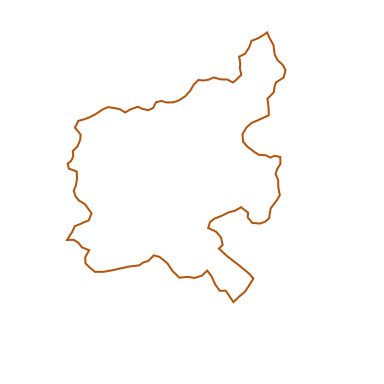 outline of Jaguariúna, São Paulo, Brazil, rotated 157°
{"feature_id": "56859067B42434816629938", "entity_name": "Jaguariúna", "entity_type": "district", "adm_level": 2, "iso_a3": "BRA", "parent_name": "Brazil", "parent_adm1": "São Paulo", "projection": "albers", "projection_center": [-47.018, -22.68], "detail": "fine", "context": "isolated", "style": "outline", "palette": "amber", "viewbox_px": 384, "rotation_deg": 157, "n_neighbors": 0, "source": "geoboundaries", "source_scale": "gbopen_adm2", "svg_char_len": 1980}
<svg xmlns="http://www.w3.org/2000/svg" viewBox="0 0 384 384"><g transform="rotate(157 192 192)"><path d="M285.8,276.3L287.4,271.1L291.1,267.9L295.4,266.6L296.2,261.6L290.1,256.0L292.6,249.2L296.4,243.3L300.4,239.4L300.9,233.1L299.4,228.4L295.3,222.6L292.8,211.5L298.2,206.2L302.8,206.3L307.6,206.2L313.3,206.3L317.6,202.3L325.7,196.7L319.6,194.2L316.4,189.7L315.0,184.1L309.4,178.6L315.9,173.5L317.9,168.0L315.8,162.8L312.5,156.4L304.3,153.0L294.5,150.8L289.1,149.9L283.8,148.8L279.3,148.0L269.2,145.1L264.4,146.2L259.1,145.6L252.0,148.6L247.4,145.1L244.7,140.3L242.5,135.9L240.8,126.9L237.1,118.0L229.2,115.6L223.3,111.9L215.8,111.1L208.7,113.7L207.0,107.2L206.7,97.3L205.0,90.2L199.5,88.0L196.9,74.5L188.7,77.6L182.3,79.5L177.1,82.9L169.3,88.4L171.1,94.0L173.7,99.2L178.4,108.0L184.8,119.3L189.3,129.3L184.4,131.4L183.1,139.0L185.4,146.1L191.2,152.5L187.1,157.3L182.0,158.7L173.0,158.5L166.4,159.0L159.8,158.0L152.8,158.8L148.4,151.1L150.6,146.9L148.6,140.0L141.8,136.4L136.0,136.1L131.2,137.7L128.7,141.9L126.0,146.2L116.5,151.6L112.4,154.8L110.7,162.7L108.0,169.3L108.0,176.0L104.4,180.1L99.6,183.3L97.1,189.8L101.9,193.1L106.4,193.0L109.8,197.0L115.9,200.1L119.2,204.9L123.2,211.8L125.3,218.4L122.9,225.7L116.4,230.2L110.0,232.3L103.5,232.3L91.3,232.6L88.4,240.2L86.1,248.4L77.7,251.8L75.1,256.3L72.1,260.0L62.9,261.6L58.3,267.6L58.7,273.2L61.7,279.8L62.2,285.9L59.6,295.6L60.4,302.9L60.5,309.5L65.8,308.4L71.4,307.7L78.2,307.9L83.0,302.7L89.2,298.5L95.7,298.2L97.3,291.6L99.6,287.1L100.8,280.6L107.2,278.1L111.5,276.8L115.6,281.8L121.7,284.5L127.3,289.0L132.8,288.9L137.5,290.0L142.3,292.6L148.2,290.3L154.5,285.7L160.8,282.8L168.1,281.5L174.1,281.8L180.3,284.3L184.5,287.7L190.0,288.7L195.1,284.5L200.5,284.5L205.1,287.9L208.5,291.6L216.5,292.1L222.5,291.3L225.9,296.3L231.3,300.0L236.4,303.0L241.9,302.9L249.3,301.5L256.6,300.8L262.4,301.0L268.9,301.9L274.6,296.9L272.1,288.4L274.5,283.7L279.6,278.7L285.8,276.3Z" fill="none" stroke="#b45309" stroke-width="2"/></g></svg>